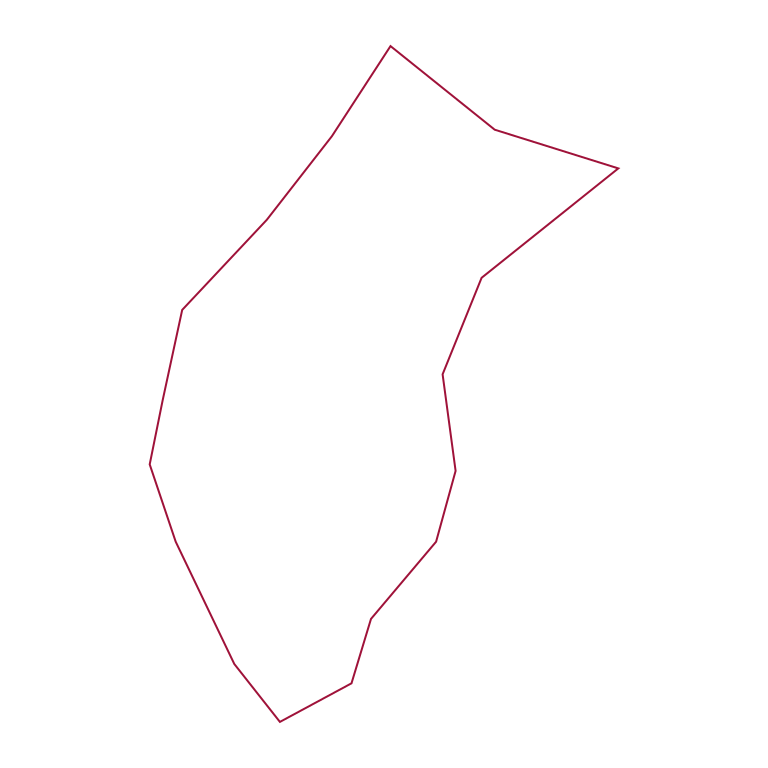 Apliki, Nicosia, Cyprus (Robinson projection)
{"feature_id": "46923920B32848229557402", "entity_name": "Apliki", "entity_type": "district", "adm_level": 2, "iso_a3": "CYP", "parent_name": "Cyprus", "parent_adm1": "Nicosia", "projection": "robinson", "projection_center": [33.116, 34.918], "detail": "fine", "context": "isolated", "style": "outline", "palette": "rose", "viewbox_px": 768, "rotation_deg": 0, "n_neighbors": 0, "source": "geoboundaries", "source_scale": "gbopen_adm2", "svg_char_len": 342}
<svg xmlns="http://www.w3.org/2000/svg" viewBox="0 0 768 768"><path d="M618.3,168.4L494.7,129.7L390.5,46.1L331.9,136.2L266.8,219.8L182.2,309.9L162.7,400.1L149.7,464.4L175.7,541.7L234.3,664.0L279.9,721.9L351.5,683.3L371.0,618.9L436.1,541.7L455.6,470.9L442.6,374.3L481.6,277.8L618.3,168.4Z" fill="none" stroke="#9f1239" stroke-width="2"/></svg>